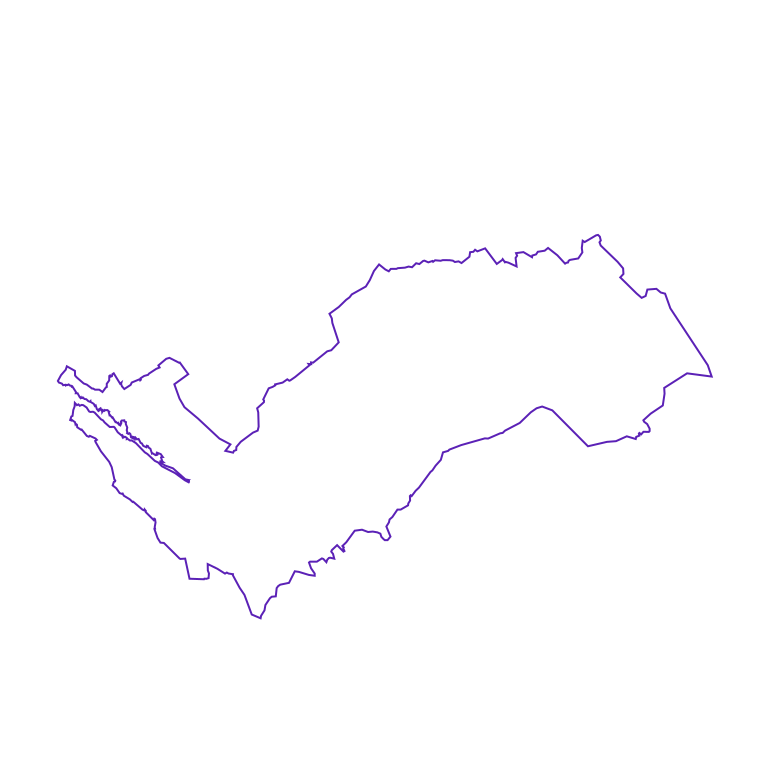 Kvinesdal nor, Vest-Agder, Norway, rotated 60°
{"feature_id": "86288312B37428940692053", "entity_name": "Kvinesdal nor", "entity_type": "district", "adm_level": 2, "iso_a3": "NOR", "parent_name": "Norway", "parent_adm1": "Vest-Agder", "projection": "natural_earth1", "projection_center": [6.911, 58.518], "detail": "fine", "context": "isolated", "style": "outline", "palette": "violet", "viewbox_px": 768, "rotation_deg": 60, "n_neighbors": 0, "source": "geoboundaries", "source_scale": "gbopen_adm2", "svg_char_len": 6160}
<svg xmlns="http://www.w3.org/2000/svg" viewBox="0 0 768 768"><g transform="rotate(60 384 384)"><path d="M218.3,664.9L220.2,664.8L222.7,662.7L224.6,662.5L225.4,660.3L226.1,660.3L225.9,659.6L226.6,658.8L226.7,657.3L228.1,656.9L229.1,655.8L230.2,655.8L230.2,655.1L237.0,654.8L237.9,655.6L238.8,654.0L243.4,654.1L244.5,653.8L244.1,653.0L244.8,653.0L245.3,652.3L245.1,651.5L247.2,650.9L248.4,649.4L251.1,648.6L252.3,647.6L252.1,646.8L252.8,647.1L256.0,645.3L258.5,645.4L258.4,644.4L262.1,645.2L264.6,644.8L264.5,643.8L263.4,643.6L263.3,641.6L265.5,641.8L265.6,641.1L267.2,641.9L266.6,640.8L267.0,640.6L266.7,639.4L267.4,639.3L267.2,638.6L268.4,636.5L270.5,635.9L270.5,636.4L273.8,637.3L273.8,636.8L277.4,636.2L277.3,635.7L282.7,635.6L282.7,635.1L284.8,634.3L284.8,633.6L286.6,633.9L288.0,633.1L286.8,631.4L286.3,631.6L285.9,630.7L285.0,630.6L284.5,629.5L285.6,627.1L286.7,627.5L288.0,626.5L289.5,627.6L293.3,628.1L295.4,629.9L297.6,630.4L298.5,631.8L298.2,630.7L299.4,630.3L299.4,629.0L300.6,628.7L303.7,629.7L305.4,628.6L304.1,628.0L305.2,626.9L307.2,627.2L306.3,626.0L308.4,625.6L308.9,624.0L313.3,624.2L314.4,623.4L317.2,623.4L319.9,621.5L318.9,620.2L319.9,619.4L321.3,619.7L323.3,618.7L328.1,619.7L328.0,619.2L331.4,617.4L331.7,616.7L330.7,615.8L331.9,615.8L331.9,615.3L330.6,614.4L333.1,612.4L336.5,612.1L335.9,613.0L336.1,613.8L339.4,614.5L338.2,615.4L340.9,614.4L339.4,616.5L340.4,616.8L345.2,614.3L351.5,608.9L367.2,603.7L369.1,601.6L369.0,602.8L370.5,601.4L371.6,602.1L372.3,601.8L367.8,604.6L356.5,609.6L344.2,617.5L339.1,618.8L336.0,620.9L326.3,623.9L323.6,625.3L311.2,628.4L306.7,630.7L306.0,632.2L302.9,633.7L302.9,634.2L302.1,633.7L300.4,634.5L299.4,636.0L300.1,635.7L300.1,636.2L298.7,636.2L299.1,636.9L297.2,636.5L297.1,637.1L292.7,638.7L287.0,639.0L286.0,639.4L284.1,643.0L277.5,645.2L275.1,645.5L273.0,646.8L264.0,648.9L262.5,649.9L261.4,652.3L260.3,653.1L255.7,653.3L252.0,655.0L251.0,656.2L250.7,658.4L248.9,658.8L248.8,660.5L245.8,661.2L248.7,663.1L251.2,666.1L255.9,669.7L255.8,671.0L258.3,673.8L259.4,672.9L259.0,672.3L262.6,670.7L264.5,671.3L264.3,670.9L265.7,670.3L268.1,671.3L272.3,669.2L272.3,668.6L280.4,667.3L282.1,666.0L281.8,664.7L286.9,661.1L288.8,660.6L288.9,662.6L290.2,662.8L300.8,662.8L314.1,660.9L319.9,661.4L331.8,665.2L333.3,665.0L333.9,665.6L333.7,666.9L336.2,669.7L340.4,668.0L346.3,667.5L348.2,665.8L348.2,665.1L350.6,665.2L356.8,661.8L360.5,660.7L360.6,660.0L372.0,656.0L373.9,654.6L373.1,654.0L374.8,653.7L375.9,654.4L386.6,651.5L385.8,650.3L386.6,649.9L389.7,651.1L393.4,654.2L394.8,654.6L394.6,655.2L395.0,655.4L404.2,657.1L409.6,656.9L411.6,654.1L432.9,648.3L433.7,647.8L435.8,643.5L455.4,649.8L463.1,637.5L462.8,636.9L463.9,635.2L464.4,633.0L460.5,630.3L457.4,629.8L451.8,626.7L460.7,620.7L468.7,616.5L468.7,614.4L470.4,613.4L473.2,609.9L474.0,610.5L488.3,610.9L496.9,610.3L517.5,613.8L525.2,608.0L523.3,606.4L520.3,600.7L516.1,597.2L512.5,589.9L512.1,587.6L513.8,583.9L507.1,579.0L506.1,576.7L505.9,574.2L508.7,565.7L501.6,554.9L504.2,551.6L511.8,544.5L515.4,539.9L513.5,538.8L507.1,539.3L501.1,538.2L500.9,536.9L504.3,530.9L504.0,525.0L505.2,524.0L509.5,523.0L507.8,521.0L507.1,518.7L507.5,517.5L510.4,514.4L505.6,513.1L502.8,513.5L501.8,512.3L500.1,505.2L508.9,502.9L508.9,501.8L505.7,501.4L505.3,500.5L503.5,501.0L502.2,495.8L496.4,482.7L499.2,475.9L504.2,471.8L506.2,467.5L509.2,463.9L511.8,462.0L515.0,462.7L518.3,461.9L519.7,461.3L521.0,459.0L519.4,454.7L508.6,453.2L506.3,448.9L504.1,446.9L503.4,443.3L499.5,435.2L501.1,432.3L501.1,423.8L499.6,422.7L498.0,419.7L494.0,417.6L493.7,416.5L494.9,416.1L492.3,410.0L491.2,405.5L483.4,387.7L483.0,385.3L480.5,380.1L478.1,372.7L472.7,367.1L474.0,361.9L473.5,360.2L475.5,347.7L481.5,323.9L483.3,321.1L484.8,308.0L485.7,305.7L484.9,302.5L485.6,285.9L481.9,271.0L481.3,264.0L482.6,258.3L491.0,251.4L539.9,238.5L545.6,219.8L549.5,211.7L550.7,199.9L557.5,193.5L555.9,192.0L556.4,188.6L554.4,188.1L554.1,187.3L556.2,186.4L555.1,183.2L557.9,178.6L557.6,177.5L555.5,176.3L550.3,176.1L546.8,177.6L545.1,177.5L543.0,167.9L542.0,153.3L532.7,145.9L527.5,143.3L526.3,116.2L541.4,96.5L529.6,94.2L461.7,98.2L446.3,95.4L443.1,98.6L437.8,100.5L433.9,108.7L438.6,113.4L438.2,117.8L431.9,120.0L409.8,126.1L408.4,121.6L403.4,119.1L395.0,120.6L372.4,127.1L369.0,126.5L368.1,124.5L364.3,123.4L361.9,124.1L361.3,126.0L361.4,139.2L359.3,140.3L365.1,144.7L369.2,146.4L372.4,153.0L369.5,160.9L369.6,162.5L370.8,163.9L370.2,165.4L370.3,167.0L359.2,169.5L348.2,173.9L348.9,178.2L346.4,184.7L347.8,187.5L346.9,191.3L348.2,192.4L339.5,197.3L336.7,204.2L339.5,204.6L340.6,207.0L348.5,210.4L341.1,215.6L339.0,217.7L339.1,218.4L335.2,218.8L335.7,219.7L336.4,226.3L317.1,228.6L315.8,236.8L313.3,238.0L314.2,240.5L312.9,243.5L316.5,246.4L318.0,256.4L315.1,258.1L313.8,261.6L311.6,262.7L309.5,265.4L306.1,271.2L305.6,273.3L302.4,277.9L302.7,280.4L301.7,280.5L300.8,284.8L297.4,287.3L297.0,288.6L297.8,293.4L295.5,295.8L296.9,301.3L294.6,304.0L293.7,307.7L290.6,314.1L290.5,315.7L287.7,320.6L288.8,323.5L285.5,325.6L278.0,328.5L281.1,336.2L286.9,344.3L290.5,351.0L290.3,367.1L291.7,370.5L292.2,374.8L294.7,384.7L295.9,396.1L301.1,396.4L305.3,398.2L325.3,402.4L328.4,412.8L327.3,416.8L330.1,434.7L328.8,436.4L330.4,437.1L328.9,439.3L330.5,439.1L333.5,457.4L334.0,463.4L333.8,464.4L331.6,465.4L332.1,471.1L329.9,478.5L330.8,478.8L330.8,482.0L330.1,486.0L337.0,496.3L338.4,496.2L339.7,497.1L341.6,506.0L345.7,507.1L358.3,513.9L361.2,516.7L360.6,521.7L362.4,536.9L364.7,543.3L367.3,545.0L366.9,547.4L368.0,549.0L362.6,554.8L359.5,547.2L349.0,553.8L320.8,562.4L304.3,568.4L294.4,568.4L279.4,565.7L277.6,548.6L263.3,550.1L263.2,550.8L254.1,556.7L253.3,560.0L255.1,570.1L257.5,570.1L257.0,573.6L257.5,582.4L258.1,583.7L257.1,587.7L257.3,591.8L258.7,592.4L258.9,593.3L257.7,593.1L256.6,601.7L258.1,603.9L258.5,611.4L255.0,612.1L252.5,611.7L251.5,610.7L251.8,612.4L239.6,612.7L239.7,614.3L241.2,615.7L241.0,617.1L239.6,617.0L239.7,617.9L243.5,620.2L245.2,624.0L248.0,625.6L247.9,626.5L250.2,631.8L246.6,633.4L244.4,637.1L242.5,638.2L242.0,639.1L235.9,641.7L233.4,643.8L224.4,646.9L222.2,647.3L218.1,645.1L210.1,649.8L212.5,652.5L214.8,659.2L218.3,664.9Z" fill="none" stroke="#5b21b6" stroke-width="2"/></g></svg>